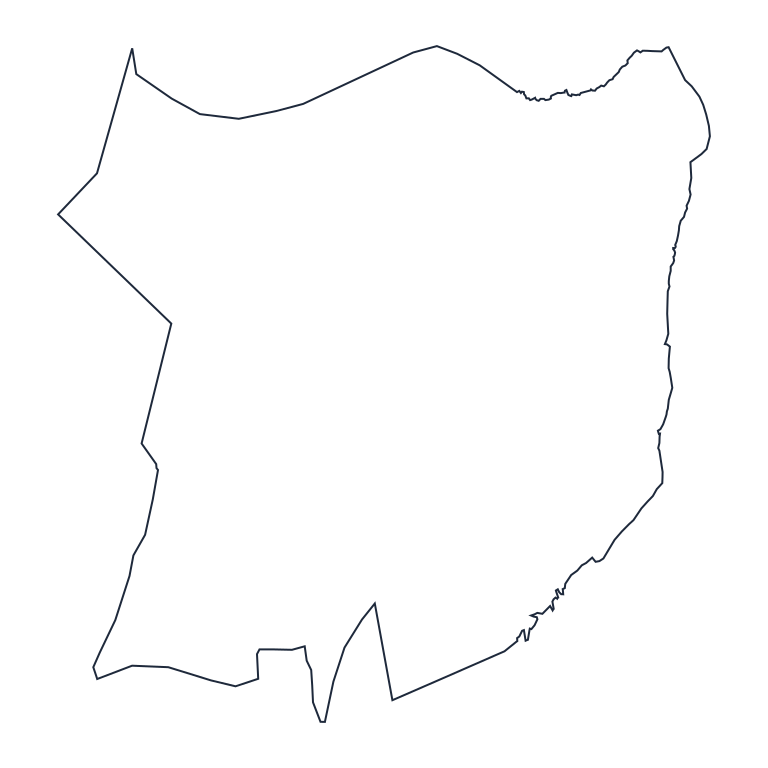 Agwara, Niger, Nigeria
{"feature_id": "59680162B64027612781435", "entity_name": "Agwara", "entity_type": "district", "adm_level": 2, "iso_a3": "NGA", "parent_name": "Nigeria", "parent_adm1": "Niger", "projection": "robinson", "projection_center": [4.614, 10.721], "detail": "fine", "context": "isolated", "style": "outline", "palette": "slate", "viewbox_px": 768, "rotation_deg": 0, "n_neighbors": 0, "source": "geoboundaries", "source_scale": "gbopen_adm2", "svg_char_len": 3431}
<svg xmlns="http://www.w3.org/2000/svg" viewBox="0 0 768 768"><path d="M132.2,48.3L97.0,173.3L58.1,214.4L171.3,323.6L141.6,443.5L156.2,464.1L156.5,468.1L158.0,470.0L152.8,499.4L145.1,534.8L133.4,555.4L129.5,576.0L115.3,620.1L99.8,652.5L93.3,667.2L97.1,678.6L97.2,679.0L132.1,665.7L168.3,667.2L211.0,680.4L235.5,686.3L258.2,678.8L257.0,654.1L259.5,649.4L273.1,649.4L292.0,649.8L304.7,646.3L306.7,660.7L311.2,670.0L312.2,685.3L313.0,702.3L320.5,721.8L324.9,721.9L333.4,681.6L344.5,647.6L362.0,619.5L374.8,603.5L392.4,700.2L440.7,679.2L493.7,656.0L504.5,651.3L516.3,641.8L517.3,641.1L517.2,639.2L517.1,638.1L519.3,636.5L522.1,630.8L523.9,630.1L525.6,640.7L527.2,640.0L527.9,639.8L529.4,630.7L529.8,628.6L531.4,629.1L534.6,625.2L537.4,619.3L536.8,617.2L533.7,616.6L533.2,616.4L531.1,615.5L534.6,614.3L537.3,612.9L542.4,613.8L550.1,606.0L552.6,610.4L552.7,610.2L553.7,608.9L552.4,601.6L553.6,599.3L555.5,597.6L556.9,598.5L556.9,598.4L558.2,597.6L556.2,591.6L555.9,590.5L557.8,589.3L559.2,592.2L561.2,594.2L562.1,594.2L563.2,594.3L562.9,590.5L562.7,589.1L564.0,588.5L564.8,588.1L565.2,584.5L565.3,583.8L571.2,575.0L577.3,570.6L581.8,565.3L586.1,563.0L592.2,557.6L595.6,561.8L599.4,561.1L603.4,558.5L609.2,548.8L614.6,539.8L621.8,531.5L629.0,524.2L633.5,520.1L641.4,508.4L647.6,501.5L652.9,496.0L656.8,489.1L661.4,484.1L662.3,483.1L662.3,482.5L662.5,477.3L662.6,472.0L659.4,450.7L658.2,448.1L659.4,443.0L659.6,436.7L660.0,433.7L658.9,434.0L658.2,431.8L657.9,430.7L660.4,429.2L662.5,425.5L663.2,424.2L665.8,416.8L666.5,414.5L666.9,411.4L667.8,408.7L668.8,399.8L670.9,392.7L672.3,387.8L670.8,378.1L669.7,371.9L668.6,368.2L668.8,358.6L669.9,346.6L667.0,344.4L664.9,344.1L666.4,340.4L668.3,333.8L667.2,313.8L667.5,301.6L667.8,291.2L669.5,286.5L668.8,283.8L668.8,281.1L669.3,276.3L670.7,270.9L670.7,267.1L670.7,266.5L672.7,263.8L673.2,263.1L674.1,260.5L673.5,257.1L673.4,256.9L674.4,255.8L674.8,254.3L675.1,252.6L674.5,250.9L673.8,249.8L673.2,249.2L673.2,248.0L674.3,248.1L674.8,248.1L675.3,247.5L675.6,246.9L675.7,246.5L675.5,245.6L675.2,245.0L676.8,241.1L678.0,235.6L678.9,230.3L679.2,226.1L680.4,222.0L680.7,220.8L683.4,217.6L684.0,216.9L685.1,212.5L685.2,212.3L686.2,210.4L687.1,208.6L686.6,205.7L688.9,200.9L690.6,194.5L689.4,189.1L691.3,178.0L690.5,163.3L690.4,162.2L701.5,154.0L706.0,149.6L706.6,149.1L709.9,136.3L708.9,125.9L706.2,114.5L703.2,104.8L699.4,96.6L691.7,86.3L685.1,80.1L668.6,47.2L666.4,47.6L663.3,49.9L661.6,51.4L652.3,51.1L647.0,50.8L646.5,50.8L642.8,50.7L640.4,52.4L638.9,51.4L637.0,50.4L633.9,52.7L631.7,55.8L629.7,57.7L627.4,60.4L627.5,61.1L627.7,63.2L626.7,64.2L625.4,65.5L622.3,66.7L619.8,69.5L619.1,71.2L618.7,72.1L618.5,72.3L615.8,74.9L613.7,76.9L612.8,78.7L612.6,79.2L609.4,80.2L607.2,82.5L605.7,84.6L603.9,86.3L601.2,85.6L599.3,87.1L596.7,88.5L595.0,90.7L592.4,90.5L591.0,89.4L590.5,90.4L580.8,93.0L579.5,95.0L578.1,94.6L576.2,95.2L571.9,94.4L571.3,96.1L570.5,95.9L568.4,95.0L567.5,93.0L566.4,90.0L565.0,90.7L564.5,92.4L564.5,92.5L564.3,92.5L560.8,93.1L557.8,92.9L551.3,95.8L550.8,97.0L550.8,97.5L550.9,98.5L549.9,99.0L548.8,99.6L545.4,100.1L544.0,98.9L540.5,98.9L538.7,100.8L536.7,100.2L535.3,98.7L535.1,97.8L531.7,99.6L530.1,100.1L528.8,98.3L526.4,98.4L525.3,95.5L524.1,94.3L523.8,92.0L521.9,91.7L520.9,93.0L519.3,90.9L517.0,92.1L479.7,65.3L457.2,53.8L436.9,46.1L413.2,52.5L303.2,103.9L276.0,111.1L238.8,118.8L199.9,114.1L171.7,98.6L136.3,74.1L132.2,48.3Z" fill="none" stroke="#1e293b" stroke-width="2"/></svg>